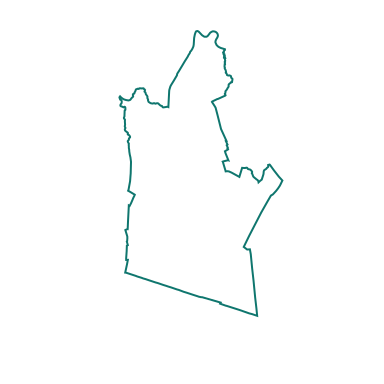 outline of Vi Thuy, Hau Giang, Vietnam, rotated 152°
{"feature_id": "81297802B65836895267297", "entity_name": "Vi Thuy", "entity_type": "district", "adm_level": 2, "iso_a3": "VNM", "parent_name": "Vietnam", "parent_adm1": "Hau Giang", "projection": "robinson", "projection_center": [105.508, 9.801], "detail": "fine", "context": "isolated", "style": "outline", "palette": "teal", "viewbox_px": 384, "rotation_deg": 152, "n_neighbors": 0, "source": "geoboundaries", "source_scale": "gbopen_adm2", "svg_char_len": 5987}
<svg xmlns="http://www.w3.org/2000/svg" viewBox="0 0 384 384"><g transform="rotate(152 192 192)"><path d="M192.6,52.1L189.8,58.9L185.8,69.1L179.3,84.8L174.6,96.7L169.3,109.5L167.8,114.2L170.3,115.3L172.1,119.2L161.9,126.6L151.2,134.0L140.5,141.4L129.8,148.2L124.0,151.8L121.7,151.9L117.2,153.5L114.3,154.8L111.5,156.3L110.2,157.2L106.8,159.7L108.1,164.7L109.5,172.6L110.3,178.4L110.5,179.6L110.6,179.8L112.1,180.1L112.6,178.8L113.0,178.4L113.8,178.2L114.6,178.1L115.6,177.6L117.8,177.4L118.3,177.2L119.0,176.5L120.0,175.0L120.2,174.6L120.9,173.8L124.6,170.2L126.9,169.8L128.7,169.3L128.4,170.3L128.4,171.3L128.6,172.1L129.1,172.7L129.2,172.9L129.4,173.7L130.0,175.0L130.6,176.6L130.6,177.4L130.4,178.8L130.3,179.3L130.3,179.6L130.4,180.2L130.4,180.5L130.2,180.7L129.8,181.0L129.4,181.7L129.6,183.2L129.9,184.0L130.2,184.6L130.8,185.1L131.7,185.9L131.9,186.4L131.9,187.2L132.2,187.7L132.7,188.0L133.7,188.2L134.7,188.7L136.4,189.8L143.1,183.1L148.0,190.6L149.8,192.9L151.1,193.8L152.6,194.4L152.4,195.1L152.0,197.2L151.1,201.7L150.6,204.1L150.6,204.4L149.8,204.3L148.3,203.9L145.4,203.2L145.2,203.1L145.0,202.9L144.2,210.4L143.8,212.5L140.2,212.7L140.2,214.0L139.6,214.1L139.4,217.0L138.4,217.2L138.2,221.0L137.6,220.8L136.8,234.0L133.4,247.7L131.6,255.3L131.6,255.8L131.7,257.6L132.1,262.2L131.7,262.4L126.0,262.2L125.6,262.0L117.4,261.5L117.0,261.6L116.9,262.0L117.0,262.8L117.0,263.2L116.8,263.4L116.0,263.8L115.7,264.3L115.2,265.2L115.0,265.3L114.7,265.5L114.2,265.6L112.8,266.3L112.0,266.9L110.8,267.5L110.2,267.9L109.9,268.4L109.5,269.2L109.3,269.5L108.9,269.8L107.7,270.1L106.7,270.2L106.4,270.5L106.0,270.6L105.4,270.2L105.1,270.2L104.2,271.4L103.5,272.3L103.2,272.9L103.2,273.2L103.7,274.3L103.7,274.6L103.3,275.7L103.3,276.3L104.2,277.4L105.3,277.8L106.1,278.7L106.1,279.1L105.9,280.1L105.9,281.0L106.1,281.2L106.2,281.3L106.2,281.5L105.8,281.8L105.5,282.2L105.4,282.9L105.1,283.6L105.1,285.7L104.8,286.4L104.5,286.6L104.5,286.9L104.4,287.5L103.6,288.8L103.0,289.0L102.8,289.3L102.7,289.6L102.9,289.8L102.6,290.2L102.3,290.9L101.9,291.1L101.8,291.8L101.3,292.0L101.1,292.2L100.7,293.7L100.5,294.0L100.4,294.2L99.8,294.4L99.8,294.6L100.5,295.0L100.7,295.3L100.8,295.5L100.7,295.7L100.5,295.8L99.9,295.5L99.6,295.6L99.6,296.0L100.1,296.4L100.1,296.6L99.9,296.8L99.1,296.9L99.0,297.1L99.1,297.3L99.3,297.6L99.5,298.0L99.4,298.3L98.8,298.3L98.7,298.4L98.9,298.8L99.3,299.3L98.7,299.9L98.8,300.1L99.1,300.3L99.1,300.5L98.8,300.7L98.1,300.8L97.9,301.3L97.5,301.4L97.1,301.9L96.2,302.0L95.9,302.6L97.4,304.1L99.0,305.7L100.3,307.5L100.7,308.3L101.2,309.9L101.3,310.4L101.1,313.0L100.8,313.6L100.1,314.5L99.0,315.4L97.1,316.5L95.8,317.7L95.4,318.7L95.2,319.9L95.3,320.6L95.6,321.6L96.0,322.3L96.5,322.9L97.5,323.7L98.2,324.1L98.9,324.2L100.0,324.2L101.1,324.1L104.6,322.5L105.4,322.3L106.1,322.3L106.6,322.4L108.0,323.2L108.3,323.5L108.7,324.2L109.5,325.7L110.8,330.4L111.5,331.5L111.9,331.7L112.4,331.8L112.9,331.9L113.2,331.7L113.8,331.4L115.5,329.8L117.8,327.0L121.3,321.3L122.5,319.8L124.4,318.3L126.4,317.1L127.7,316.7L128.7,315.7L129.4,315.3L130.7,314.6L132.4,313.4L134.7,312.1L137.0,310.8L141.1,308.3L147.1,304.7L148.6,303.9L149.8,303.1L150.5,302.1L155.7,298.9L160.0,296.4L161.5,295.4L163.0,293.9L163.9,293.0L164.6,292.1L173.0,278.1L173.4,278.6L173.9,278.9L174.3,279.1L174.9,279.2L177.7,280.2L177.9,280.4L178.1,280.8L178.2,282.1L178.5,282.4L179.1,282.9L179.6,284.0L180.1,285.6L180.3,286.1L180.7,286.5L181.2,286.8L182.5,287.1L182.9,287.2L183.1,287.4L183.4,287.9L183.6,288.1L183.9,288.3L185.1,288.5L185.7,288.9L186.8,289.8L187.4,290.8L188.0,291.9L188.0,292.3L187.8,293.6L187.3,294.4L187.4,295.4L187.2,296.0L187.0,296.5L186.7,296.8L186.6,297.0L186.5,297.7L186.8,300.0L186.7,300.6L186.4,301.5L186.4,301.9L186.8,302.9L186.7,303.1L185.9,303.8L185.6,304.1L185.7,304.9L186.1,305.5L186.1,306.2L186.3,306.4L186.6,306.6L187.4,306.8L189.4,308.1L190.1,308.2L190.6,308.0L190.8,308.1L191.3,308.6L191.5,308.7L192.1,308.7L192.9,308.9L193.2,308.9L193.6,308.7L194.0,308.3L195.0,307.4L196.1,306.8L196.6,306.1L197.3,306.0L198.0,306.1L198.3,306.0L198.5,305.7L198.8,305.1L198.9,304.4L199.1,304.0L199.9,303.6L201.0,303.4L203.1,302.4L204.0,302.4L205.2,302.7L207.1,304.2L208.0,305.1L208.9,306.1L210.1,308.4L210.6,310.2L211.6,309.7L211.9,308.4L212.0,307.2L211.4,306.4L211.3,305.9L211.4,305.3L211.7,304.6L212.2,303.9L212.5,303.5L213.8,302.9L214.3,302.5L214.5,302.2L214.7,301.8L214.7,301.5L214.5,301.1L214.1,300.6L213.5,300.1L212.9,299.1L212.7,298.9L212.4,298.9L211.7,299.0L211.4,298.7L211.2,298.4L211.2,298.1L211.4,297.4L211.9,296.5L212.2,295.9L212.5,295.7L213.0,295.7L213.3,295.4L216.2,290.4L217.2,289.6L217.4,289.2L217.5,288.9L217.5,288.6L217.3,287.9L217.2,287.5L217.4,287.1L218.3,285.5L219.5,282.8L220.5,281.6L220.7,280.7L220.6,280.4L220.7,279.9L221.0,279.5L221.8,279.0L222.1,278.3L222.2,277.8L222.0,276.9L220.9,274.6L220.9,274.1L221.0,273.9L221.5,273.5L221.6,273.3L221.6,273.0L221.6,272.8L221.0,271.9L220.8,271.6L220.7,270.4L220.7,270.0L220.8,269.7L221.0,269.4L221.4,269.2L222.5,268.9L222.8,268.5L223.2,267.8L223.5,267.6L224.3,267.4L224.8,267.1L225.0,266.7L225.1,266.0L225.1,264.2L225.5,263.7L225.9,263.1L226.1,262.4L227.1,260.5L227.6,258.9L228.4,257.1L229.4,254.2L230.1,251.5L231.6,247.5L231.9,246.9L237.4,237.2L239.0,234.7L241.6,230.6L246.9,223.9L247.8,223.1L246.7,221.4L243.8,216.5L244.3,216.0L246.8,214.2L248.1,213.1L251.1,210.7L253.6,209.0L254.1,209.8L255.4,207.6L263.0,194.9L266.0,189.8L266.2,189.5L266.3,189.6L268.7,189.7L270.0,183.1L270.8,181.5L272.3,179.1L272.8,178.9L273.6,175.2L274.7,175.2L277.6,170.2L281.3,164.3L282.0,162.9L280.5,162.2L283.3,158.7L288.8,152.2L288.2,151.8L281.0,144.3L280.0,143.1L276.8,139.9L275.7,138.6L273.9,136.9L272.6,135.5L266.6,129.2L265.1,127.8L260.9,123.3L258.9,121.3L257.4,119.7L255.9,118.2L255.3,117.6L250.9,112.9L249.7,111.8L246.2,107.8L244.0,105.6L239.3,100.7L235.7,97.0L235.3,96.5L233.3,94.8L232.5,94.4L218.6,80.9L219.6,80.2L215.6,75.8L215.1,75.4L214.1,74.4L205.5,65.6L198.4,57.9L196.4,56.1L192.6,52.1Z" fill="none" stroke="#0f766e" stroke-width="2"/></g></svg>